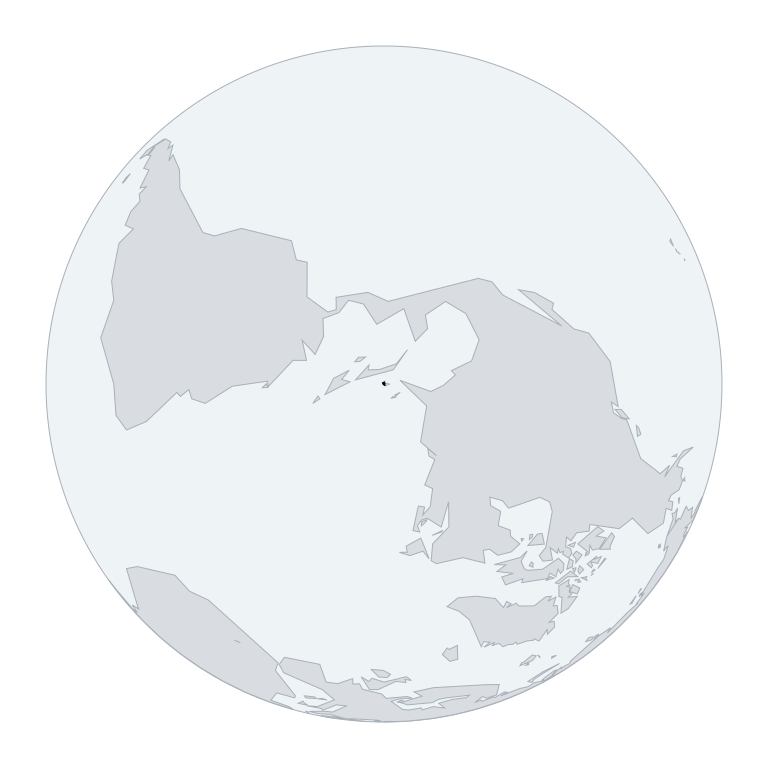 globe centered on South Andros, rotated 140°
{"feature_id": "BHS-5022", "entity_name": "South Andros", "entity_type": "District", "adm_level": 1, "iso_a3": "BHS", "parent_name": "The Bahamas", "parent_adm1": "", "projection": "orthographic", "projection_center": [-77.637, 23.971], "detail": "fine", "context": "on_globe", "style": "filled", "palette": "ink", "viewbox_px": 768, "rotation_deg": 140, "n_neighbors": 0, "source": "natural_earth", "source_scale": "10m", "svg_char_len": 9941}
<svg xmlns="http://www.w3.org/2000/svg" viewBox="0 0 768 768"><g transform="rotate(140 384 384)"><circle cx="384" cy="384" r="338" fill="#eef3f6" stroke="#a8b0b8"/><path d="M380.8,475.2L372.8,471.6L365.0,481.2L337.5,464.6L327.7,444.6L244.0,404.4L235.6,392.8L235.8,375.8L210.6,314.3L220.3,369.7L210.0,357.5L202.2,336.9L207.4,333.2L203.2,304.2L194.4,291.3L196.3,255.9L219.1,216.2L221.5,224.0L226.7,214.4L224.0,204.6L221.0,200.6L235.3,161.9L230.0,137.7L217.4,138.2L228.7,132.5L197.4,140.3L187.6,136.9L205.5,136.1L212.5,132.6L209.2,127.3L215.7,122.7L217.8,117.9L225.8,113.3L235.7,114.3L241.1,111.6L238.4,108.2L244.8,102.2L247.9,107.4L259.4,97.8L278.0,99.8L279.9,121.5L296.9,122.1L316.6,144.1L321.5,139.5L332.1,146.2L341.7,143.7L342.6,149.4L349.5,142.6L346.8,137.9L349.0,133.6L354.4,132.0L356.5,138.7L354.1,140.5L357.6,141.7L356.3,145.9L360.0,142.9L361.9,151.8L368.1,140.8L376.3,146.2L375.4,152.8L365.0,154.8L337.0,178.2L332.9,187.2L337.5,197.0L368.4,208.8L368.2,218.3L375.6,229.3L380.5,222.3L376.5,211.4L387.6,202.1L381.3,191.0L384.9,185.9L382.7,174.3L394.4,173.6L406.9,179.6L409.3,189.5L414.9,192.8L421.8,181.9L435.1,200.2L459.3,212.7L461.5,218.3L449.4,230.3L426.1,232.8L410.3,252.2L432.1,237.6L437.2,253.5L442.9,255.6L449.3,254.1L451.8,247.6L456.0,253.1L436.1,268.5L432.0,263.7L438.3,258.6L427.4,260.4L414.0,272.6L417.7,280.5L393.6,293.5L395.9,299.7L392.0,306.5L389.9,295.5L393.2,316.1L365.4,339.8L369.4,376.6L353.0,348.2L339.6,344.8L323.5,345.0L323.8,350.9L302.1,345.4L282.7,356.7L276.0,385.2L283.8,407.7L307.9,410.3L315.0,398.4L332.6,396.6L320.4,429.0L351.2,434.4L348.3,458.5L357.4,470.9L372.7,467.7L388.7,473.3L399.8,459.2L417.8,450.9L418.5,470.2L428.2,451.9L438.5,460.6L474.2,456.4L471.5,461.1L501.6,479.8L533.4,484.1L540.8,496.2L537.1,505.2L547.9,505.3L548.1,510.7L590.2,508.0L610.8,514.3L609.5,532.2L591.0,557.7L571.3,601.5L537.2,621.8L526.6,637.8L496.7,662.1L476.3,663.9L480.2,672.0L467.2,678.8L453.5,680.8L449.5,686.8L439.2,687.9L445.0,690.9L426.5,699.0L429.5,703.7L415.6,709.0L418.0,711.2L413.4,711.4L408.1,712.5L407.0,713.8L393.7,712.1L391.9,706.5L398.1,703.2L392.1,702.7L405.4,693.2L398.2,695.3L403.0,679.6L414.8,664.7L425.4,616.5L418.7,606.4L393.3,594.9L362.8,553.2L371.4,535.4L364.6,526.7L387.0,500.2L380.8,475.2ZM71.3,310.8L73.7,303.3L73.4,309.6L71.3,310.8ZM74.4,297.8L73.7,300.5L74.1,298.0L74.4,297.8ZM74.2,295.3L74.3,297.1L73.8,295.8L74.2,295.3ZM73.5,292.9L74.0,293.9L73.8,294.1L73.5,292.9ZM367.8,388.9L403.1,405.5L383.3,408.2L387.1,405.0L378.1,398.0L361.4,391.5L344.0,395.2L367.8,388.9ZM73.6,287.0L73.8,285.4L74.4,285.5L73.6,287.0ZM383.0,368.6L376.9,367.3L382.9,367.1L383.0,368.6ZM218.6,199.8L223.3,205.0L223.3,216.0L218.6,212.0L218.6,199.8ZM219.5,180.4L223.5,181.0L217.3,190.1L217.0,186.9L219.5,180.4ZM206.9,140.3L209.5,143.0L204.7,142.0L206.9,140.3ZM216.6,118.1L213.8,119.0L216.1,116.2L216.6,118.1ZM376.5,175.7L379.5,175.1L378.3,177.5L376.5,175.7ZM372.6,171.5L369.1,174.8L366.7,173.3L368.9,171.3L372.6,171.5ZM230.6,106.9L235.1,102.7L232.2,107.0L230.6,106.9ZM377.6,167.8L363.0,170.4L358.9,167.9L364.1,158.3L377.6,167.8ZM238.8,100.3L249.7,91.0L244.4,91.8L265.5,85.3L249.3,94.8L246.5,99.8L244.0,98.3L238.8,100.3ZM343.7,137.2L346.7,142.1L339.2,139.7L343.7,137.2ZM338.3,136.9L311.9,137.4L310.0,130.1L319.2,131.1L312.8,123.5L324.9,119.5L331.1,122.8L329.9,128.1L335.4,122.7L338.3,136.9ZM275.4,83.6L279.5,81.9L277.1,84.0L275.4,83.6ZM349.2,131.7L344.1,132.2L342.1,125.8L352.1,123.7L349.5,126.4L349.2,131.7ZM305.2,123.7L305.5,119.0L315.3,114.3L316.8,112.0L325.0,118.8L305.2,123.7ZM352.7,127.0L357.2,122.9L363.1,124.6L354.2,130.9L352.7,127.0ZM337.4,125.1L336.9,122.1L340.4,123.0L337.4,125.1ZM386.4,129.5L380.3,129.6L378.7,126.1L386.4,129.5ZM358.5,121.3L356.4,120.7L355.1,119.6L359.2,117.4L358.5,121.3ZM331.4,115.3L335.4,114.6L328.5,112.2L335.6,109.2L339.8,114.5L341.0,110.9L343.2,110.0L344.1,115.5L331.4,115.3ZM359.4,111.8L367.2,118.3L378.9,118.6L380.6,121.5L361.4,120.7L359.4,111.8ZM350.4,113.4L356.4,112.9L355.4,116.5L350.8,119.0L350.4,113.4ZM338.9,105.3L327.0,108.6L326.4,107.4L338.9,105.3ZM363.0,111.0L361.1,109.5L364.0,110.6L363.0,111.0ZM346.5,106.1L342.4,107.3L341.9,105.9L346.5,106.1ZM360.6,105.8L363.1,107.7L360.1,109.3L360.6,105.8ZM354.3,105.3L354.7,103.1L357.4,108.7L352.5,106.1L354.3,105.3ZM346.8,104.6L345.1,104.1L348.6,104.3L346.8,104.6ZM370.9,99.0L375.1,105.7L368.3,109.0L365.1,101.9L370.9,99.0ZM415.5,715.3L394.6,712.9L406.5,714.1L416.1,711.7L426.6,713.4L415.5,715.3ZM443.1,708.2L453.4,705.8L455.5,706.1L448.8,707.9L443.1,708.2ZM639.5,162.8L645.5,170.6L637.3,162.4L618.1,140.5L614.5,136.9L639.5,162.8ZM601.1,125.0L600.8,124.9L588.8,115.3L599.6,124.4L601.9,125.9L608.8,132.1L607.1,131.3L602.9,127.6L604.4,130.0L624.0,148.4L628.4,151.9L637.8,165.8L646.0,173.4L651.7,181.3L640.0,171.6L634.2,165.7L619.8,161.6L626.7,168.8L640.8,173.6L640.4,175.5L649.8,186.9L642.3,179.7L625.1,174.0L627.6,189.3L646.4,227.2L644.6,236.6L635.9,238.6L613.4,210.5L620.0,192.9L612.1,184.2L597.4,178.5L600.7,174.1L595.5,170.1L596.6,163.9L585.1,148.1L584.3,141.7L567.1,129.7L564.3,125.2L575.3,133.3L582.5,136.2L579.0,122.7L574.6,118.3L563.7,112.0L564.1,109.7L553.9,105.4L545.7,96.7L547.3,104.2L534.5,98.5L522.6,90.9L518.6,90.7L538.0,103.5L545.5,107.6L551.5,108.7L572.1,123.0L576.1,129.2L555.6,120.5L558.9,128.8L541.5,119.7L499.8,88.6L488.9,79.7L497.6,73.5L507.5,77.4L509.3,81.2L519.4,81.6L512.9,79.6L513.3,78.2L501.1,73.7L500.8,72.6L489.7,70.7L487.9,68.8L495.0,70.1L475.5,63.3L468.4,59.6L464.1,58.8L461.6,58.9L454.2,55.0L451.4,54.6L452.8,55.6L448.1,55.7L436.9,54.8L434.9,53.5L438.7,53.6L443.7,52.6L454.1,54.0L452.1,53.5L442.7,52.0L436.6,53.2L430.4,53.1L431.9,51.9L430.8,52.3L427.1,51.9L421.7,50.6L419.4,51.8L381.5,53.1L367.1,51.7L372.7,49.8L344.2,52.5L330.2,52.9L331.5,53.5L318.7,56.6L322.9,56.4L322.5,57.1L291.5,67.5L282.7,69.8L270.8,77.0L271.4,77.6L277.3,76.2L265.5,85.3L244.4,91.8L244.0,89.9L231.1,96.1L232.0,91.4L226.8,91.1L235.4,83.7L230.5,84.9L226.0,87.4L216.0,91.7L212.0,93.1L218.2,89.5L235.0,81.0L246.3,80.4L243.4,79.1L250.1,76.5L252.7,74.6L250.2,74.5L246.2,76.2L268.2,66.5L290.7,59.2L313.5,53.5L336.8,49.4L360.2,46.9L383.8,46.1L407.4,46.9L430.8,49.3L454.1,53.4L477.0,59.1L499.4,66.4L521.3,75.2L542.5,85.5L562.9,97.3L582.5,110.5L601.1,125.0ZM720.9,410.3L721.2,398.5L721.1,373.6L720.0,367.5L718.8,376.5L716.6,369.4L715.1,373.3L699.9,408.1L690.3,402.7L667.1,371.9L666.2,350.3L657.4,331.3L644.4,238.5L651.4,234.3L652.3,202.1L654.2,201.0L664.7,216.3L673.9,214.5L664.3,198.1L662.5,192.7L676.2,214.2L688.2,236.8L698.4,260.1L706.8,284.2L713.5,308.8L718.2,333.9L721.0,359.3L721.9,384.8L720.9,410.3ZM660.3,278.2L663.4,284.3L660.3,278.2ZM475.3,456.0L479.6,459.3L474.0,460.0L475.3,456.0ZM380.8,416.5L388.1,416.8L392.1,419.8L386.4,420.9L380.8,416.5ZM442.6,413.9L451.0,414.9L442.3,417.3L442.6,413.9ZM408.6,407.5L435.9,413.8L419.0,420.7L401.8,416.9L413.6,414.7L408.6,407.5ZM379.9,380.4L384.5,381.8L383.2,385.5L379.9,380.4ZM387.4,368.5L385.6,368.9L383.2,365.9L387.4,368.5ZM438.4,252.5L440.1,251.5L446.7,251.3L443.8,254.3L438.4,252.5ZM474.5,235.9L480.4,245.1L474.2,240.1L471.4,245.5L454.8,242.3L461.8,221.0L461.6,230.9L474.5,235.9ZM434.6,233.5L444.4,237.1L433.4,234.1L434.6,233.5ZM565.6,157.4L570.4,157.1L576.3,162.9L577.2,173.5L568.6,165.0L565.6,157.4ZM575.6,155.6L555.0,145.4L553.6,139.3L557.9,144.3L559.0,141.2L566.2,148.6L585.0,153.7L591.5,159.3L589.7,174.3L586.8,165.9L582.3,166.3L575.6,155.6ZM504.8,138.8L495.9,136.6L504.4,125.7L511.8,129.2L513.2,139.2L505.3,141.2L504.8,138.8ZM389.5,151.5L385.5,153.0L384.9,150.9L387.8,147.9L389.5,151.5ZM383.7,129.8L406.2,143.3L402.8,145.5L420.1,152.0L417.9,160.5L406.7,155.8L418.0,167.8L407.0,167.1L415.6,174.8L391.1,163.5L381.7,164.1L393.0,160.0L395.3,152.0L393.5,148.7L381.4,140.1L362.3,138.3L361.6,130.8L366.1,126.1L370.6,125.4L369.6,130.3L376.3,125.8L378.4,132.5L383.7,129.8ZM419.8,87.2L416.8,91.1L430.5,87.4L432.7,92.3L434.1,91.6L439.9,95.4L449.3,99.0L448.8,101.4L452.7,101.8L456.6,104.7L461.8,106.3L462.6,111.4L469.0,113.9L465.7,115.0L476.6,118.1L468.9,118.2L473.2,122.5L478.4,120.2L470.1,148.2L472.5,161.4L478.8,172.9L464.7,172.6L449.8,162.2L436.6,148.1L436.2,136.0L429.9,138.6L427.9,133.8L433.7,133.8L423.5,131.0L423.4,127.2L411.6,117.5L396.9,117.0L392.2,113.8L397.9,112.2L389.3,110.3L396.9,105.2L393.7,103.0L398.0,96.4L410.8,95.2L406.2,92.9L409.3,88.3L419.8,87.2ZM372.5,97.1L387.3,93.5L395.8,94.7L384.8,106.0L386.6,108.7L379.9,116.9L367.8,115.2L370.8,112.9L370.9,110.4L374.7,111.9L371.8,108.8L375.9,105.7L374.8,102.6L379.9,102.2L372.5,97.1ZM649.8,193.0L650.1,191.1L649.0,187.0L654.9,194.6L649.8,193.0ZM638.5,189.2L637.8,186.3L645.7,193.9L645.4,196.3L638.5,189.2ZM630.8,178.6L637.2,185.5L633.6,183.1L630.8,178.6ZM574.0,130.6L572.4,127.7L574.9,128.8L578.8,132.1L574.0,130.6ZM460.8,80.8L457.8,82.0L455.7,81.1L444.7,81.1L442.2,78.0L447.9,76.7L460.8,80.8ZM653.0,181.9L652.8,180.0L654.6,184.0L653.0,181.9ZM456.3,77.4L452.0,77.6L453.5,76.0L456.3,77.4ZM439.8,75.8L440.4,73.7L440.6,77.6L439.8,75.8ZM429.2,57.1L447.4,60.0L458.8,61.3L462.7,60.4L465.0,63.6L447.3,61.4L429.2,57.1ZM387.6,53.4L384.3,55.2L380.5,54.4L380.8,53.8L387.6,53.4ZM389.3,54.5L395.0,57.0L389.7,58.1L386.3,55.8L389.3,54.5ZM426.3,65.3L431.9,66.2L430.6,67.3L426.3,65.3ZM277.6,81.4L279.3,81.8L275.6,82.7L277.6,81.4ZM325.1,57.0L324.0,58.0L319.7,58.6L325.1,57.0ZM318.5,61.6L324.2,60.1L319.0,62.2L318.5,61.6ZM336.8,57.2L326.8,59.8L335.2,56.6L336.8,57.2Z" fill="#d9dde1" stroke="#a8b0b8" stroke-width="1"/><path d="M383.4,383.6L383.5,383.6L383.8,383.2L384.0,382.9L384.0,382.7L384.3,382.8L384.4,383.0L384.5,383.1L384.5,383.4L384.5,383.5L384.5,383.8L384.6,384.0L384.4,384.2L384.2,384.2L384.2,384.4L384.4,384.3L384.5,384.2L384.6,384.3L384.6,384.5L384.6,384.8L384.3,384.8L384.5,385.0L384.4,385.3L384.2,385.4L383.8,385.2L383.9,385.3L383.9,385.5L383.7,385.4L383.2,385.3L383.4,385.2L383.5,385.1L383.8,385.2L384.0,385.0L384.2,384.9L384.3,384.8L384.3,384.7L384.2,384.7L384.0,384.8L383.6,385.1L383.4,384.9L383.7,384.7L383.8,384.6L383.7,384.6L383.4,384.6L383.2,384.7L383.0,384.2L383.0,383.9L383.4,383.6Z" fill="#0f172a" stroke="#020617" stroke-width="1.5"/></g></svg>